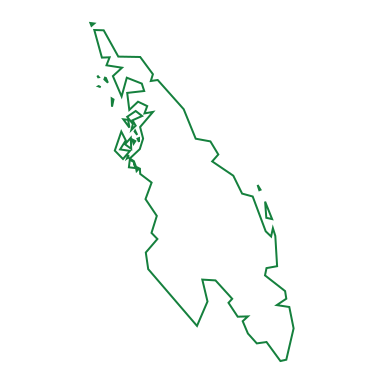 Small Malaita, Malaita, Solomon Islands
{"feature_id": "97153195B48441070638838", "entity_name": "Small Malaita", "entity_type": "district", "adm_level": 2, "iso_a3": "SLB", "parent_name": "Solomon Islands", "parent_adm1": "Malaita", "projection": "orthographic", "projection_center": [161.435, -9.524], "detail": "medium", "context": "isolated", "style": "outline", "palette": "green", "viewbox_px": 384, "rotation_deg": 0, "n_neighbors": 0, "source": "geoboundaries", "source_scale": "gbopen_adm2", "svg_char_len": 1896}
<svg xmlns="http://www.w3.org/2000/svg" viewBox="0 0 384 384"><path d="M293.6,328.4L289.3,307.0L276.8,305.1L286.3,298.7L285.1,291.1L265.0,275.4L266.5,268.1L277.1,266.2L275.3,235.9L272.9,228.2L271.1,236.5L265.7,231.3L252.7,196.5L242.1,193.6L233.3,175.7L212.2,161.4L218.3,154.5L210.4,141.4L195.7,138.7L183.7,109.2L157.7,80.0L150.8,81.0L152.9,74.2L140.2,57.0L118.3,56.6L103.7,30.3L94.3,30.0L101.9,57.6L109.6,57.3L106.5,65.3L122.0,67.7L112.9,76.1L121.6,96.4L126.8,77.7L141.8,83.6L144.2,91.0L127.2,92.9L129.3,109.9L138.0,101.7L147.2,106.1L144.5,113.4L153.0,111.9L140.1,127.0L143.1,138.6L139.8,149.1L129.8,158.5L133.9,161.2L136.0,166.8L139.9,168.7L140.2,173.9L151.6,182.6L145.5,199.1L156.8,215.9L151.5,232.9L157.4,239.0L145.8,252.5L148.2,269.1L197.0,325.9L207.5,301.5L202.3,279.6L215.5,280.4L232.2,298.8L228.5,302.8L237.7,316.7L247.9,316.4L242.7,321.2L247.9,333.5L256.8,343.4L266.5,342.0L280.4,361.0L286.3,359.7L293.6,328.4ZM129.9,150.9L120.1,149.4L125.8,140.4L121.3,131.6L114.8,150.6L123.0,159.0L129.9,150.9ZM142.1,116.0L135.7,111.0L127.2,116.8L132.9,124.0L131.4,129.9L135.7,125.7L132.5,120.3L142.1,116.0ZM266.3,217.8L272.1,219.1L265.1,201.6L266.3,217.8ZM131.2,148.8L130.8,137.8L125.0,144.3L131.2,148.8ZM128.9,167.3L135.7,168.1L134.0,164.3L134.0,162.1L129.8,159.7L128.9,167.3ZM129.4,127.6L128.1,119.8L123.3,119.3L129.4,127.6ZM112.0,106.7L113.5,99.5L111.7,98.4L112.0,106.7ZM137.2,134.9L135.1,130.6L134.6,131.5L137.2,134.9ZM136.6,171.1L139.2,168.5L135.9,167.5L136.6,171.1ZM133.6,143.7L135.3,141.1L132.3,139.5L133.6,143.7ZM91.5,25.8L94.2,23.5L90.4,23.0L91.5,25.8ZM107.9,82.7L105.9,78.0L105.0,77.7L104.4,79.4L107.9,82.7ZM139.0,141.9L139.0,138.1L137.5,138.7L139.0,141.9ZM128.4,157.4L128.4,154.9L127.0,158.4L128.4,157.4ZM98.3,86.3L100.7,87.2L98.7,86.1L98.3,86.3ZM98.8,77.2L97.4,75.6L98.2,77.3L98.8,77.2ZM260.5,189.7L257.6,185.0L259.3,190.2L260.5,189.7Z" fill="none" stroke="#15803d" stroke-width="2"/></svg>